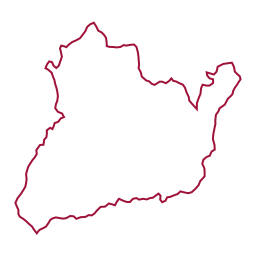 Botuverá, Santa Catarina, Brazil (Equal Earth projection)
{"feature_id": "56859067B27190428165392", "entity_name": "Botuverá", "entity_type": "district", "adm_level": 2, "iso_a3": "BRA", "parent_name": "Brazil", "parent_adm1": "Santa Catarina", "projection": "equal_earth", "projection_center": [-49.118, -27.213], "detail": "fine", "context": "isolated", "style": "outline", "palette": "rose", "viewbox_px": 256, "rotation_deg": 0, "n_neighbors": 0, "source": "geoboundaries", "source_scale": "gbopen_adm2", "svg_char_len": 2606}
<svg xmlns="http://www.w3.org/2000/svg" viewBox="0 0 256 256"><path d="M93.8,22.7L90.2,24.3L87.2,26.9L85.4,31.1L82.6,34.8L80.0,38.2L76.0,40.4L72.1,42.1L68.5,44.9L66.3,47.2L64.0,46.2L61.2,45.6L60.0,48.4L61.0,52.4L61.9,56.7L60.4,61.0L58.8,65.7L56.3,68.0L53.7,65.9L52.0,62.2L49.3,61.4L47.1,64.2L45.5,68.2L47.9,69.5L51.7,72.7L53.0,76.8L54.3,79.6L55.2,84.0L56.5,88.0L57.4,92.2L57.9,96.2L57.2,101.1L56.0,104.0L55.2,108.1L57.9,111.8L62.1,113.5L64.0,117.1L60.8,118.4L58.1,121.9L54.6,123.1L53.7,126.3L52.4,129.1L50.2,127.8L46.8,130.3L46.9,133.5L46.4,137.2L44.2,139.7L43.5,144.7L40.0,145.0L36.3,150.1L36.8,153.8L35.1,156.9L32.3,160.3L30.4,163.3L28.4,166.5L26.8,171.2L26.1,174.2L26.6,179.1L26.0,183.6L25.3,186.8L23.5,189.8L21.1,193.6L17.5,198.3L15.4,202.9L16.7,206.2L18.4,209.9L18.4,214.0L19.8,216.7L23.2,218.8L25.7,220.8L29.1,224.0L32.0,226.5L34.1,229.8L36.8,233.3L39.3,230.0L42.6,228.4L45.9,226.7L48.7,222.7L50.2,220.0L52.5,218.4L55.8,217.4L59.8,218.1L62.6,218.6L65.2,218.4L67.7,217.4L70.1,216.0L73.7,216.3L76.3,218.8L80.6,217.2L85.4,216.9L88.7,215.1L91.7,215.4L94.5,213.5L97.1,210.3L100.6,206.9L105.1,206.6L108.9,203.5L112.0,204.3L114.9,205.3L116.7,202.0L118.9,198.8L122.7,200.5L126.4,201.9L130.0,202.0L132.9,198.8L136.4,198.1L139.0,199.6L143.1,198.8L146.9,199.4L150.2,198.0L152.7,197.8L154.9,196.2L158.5,193.6L160.5,195.7L160.2,199.6L162.2,202.2L165.4,200.8L167.2,197.3L170.2,196.9L173.3,195.6L177.7,194.0L180.4,191.4L184.3,192.4L188.3,193.2L191.7,192.2L195.0,189.2L198.5,185.3L200.3,181.0L202.3,178.9L204.6,176.3L204.6,172.0L204.4,168.4L202.3,163.7L203.4,159.7L206.7,156.9L209.7,155.8L211.6,151.5L214.7,149.7L214.5,145.0L212.9,139.1L213.3,134.4L213.9,131.2L214.6,127.7L215.4,124.0L215.3,120.3L215.9,114.9L218.4,111.3L219.6,108.3L221.8,106.7L224.8,104.6L227.8,98.8L230.7,96.1L232.5,94.1L233.2,90.9L234.7,88.0L237.0,84.8L238.7,82.0L240.6,79.2L239.7,76.2L237.5,74.3L234.8,71.6L234.0,67.0L231.9,62.7L223.4,63.9L217.7,66.7L216.6,71.6L213.9,74.5L206.7,72.4L207.3,75.7L209.6,78.3L213.1,79.4L213.1,83.0L209.5,85.6L206.4,85.6L202.6,84.7L201.0,88.5L200.5,93.7L198.5,98.6L196.9,103.2L196.8,109.1L191.3,103.0L189.3,100.6L188.7,96.9L186.6,92.5L185.0,87.7L182.9,84.7L178.6,82.8L176.1,81.5L173.2,80.8L171.4,78.4L169.2,80.9L165.9,83.2L162.2,81.7L159.6,81.7L157.3,83.2L154.6,84.9L151.5,83.7L149.4,81.5L146.1,80.4L141.8,76.6L140.7,72.1L138.6,68.2L139.1,64.6L138.7,60.5L138.5,56.7L137.8,52.0L136.5,47.0L134.0,44.5L129.8,44.9L126.5,45.6L123.7,45.1L120.4,47.0L116.5,47.4L113.2,47.0L109.8,46.9L106.8,46.2L106.6,42.0L106.0,37.8L103.8,34.6L101.7,32.5L98.2,30.6L96.2,26.4L93.8,22.7Z" fill="none" stroke="#9f1239" stroke-width="2"/></svg>